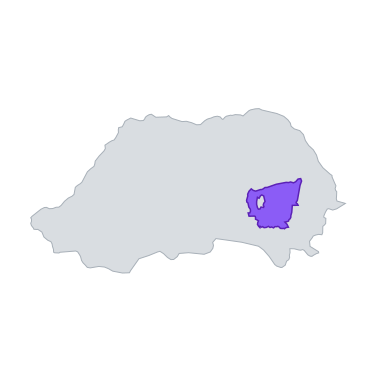 where Veszprém sits in Hungary, rotated 192°
{"feature_id": "HUN-3158", "entity_name": "Veszprém", "entity_type": "County", "adm_level": 1, "iso_a3": "HUN", "parent_name": "Hungary", "parent_adm1": "", "projection": "albers", "projection_center": [17.661, 47.071], "detail": "fine", "context": "in_parent", "style": "filled", "palette": "violet", "viewbox_px": 384, "rotation_deg": 192, "n_neighbors": 0, "source": "natural_earth", "source_scale": "10m", "svg_char_len": 3907}
<svg xmlns="http://www.w3.org/2000/svg" viewBox="0 0 384 384"><g transform="rotate(192 192 192)"><path d="M309.4,104.7L313.6,104.0L313.8,104.0L314.8,104.3L315.7,107.4L315.8,107.5L317.0,109.5L318.1,112.2L319.7,114.1L323.0,114.8L327.4,117.1L330.5,121.6L334.8,123.3L335.1,123.4L335.9,123.1L338.9,122.7L339.6,123.7L342.1,125.8L343.2,127.8L342.9,130.0L343.5,132.4L344.4,133.2L343.4,135.0L336.2,143.7L333.2,146.1L331.2,146.7L328.0,146.0L324.7,146.9L321.8,148.8L319.1,149.5L317.2,151.7L314.8,156.4L311.7,160.4L308.5,162.9L306.9,165.1L307.1,172.4L305.4,174.6L303.0,176.9L301.7,178.8L298.5,190.1L295.8,193.8L293.2,196.7L292.9,199.2L293.1,202.1L290.3,207.9L286.5,214.1L285.8,216.5L286.9,219.7L283.1,223.7L280.9,225.6L279.1,226.6L278.0,229.0L276.3,234.8L277.0,237.4L277.1,239.7L273.8,241.3L273.0,243.9L272.3,247.2L270.9,248.7L267.3,251.6L257.9,250.8L254.4,251.8L253.4,253.8L253.2,255.3L252.1,256.8L250.0,258.7L247.9,259.6L242.9,257.6L232.5,260.2L230.7,261.9L229.2,260.8L226.9,259.8L216.4,258.8L212.2,260.0L206.7,259.7L201.5,258.7L197.7,259.7L194.4,264.3L192.8,265.9L191.5,266.9L188.6,268.4L186.2,270.1L183.0,271.4L180.1,271.3L177.4,269.4L176.4,269.9L175.6,271.7L174.1,273.3L170.1,275.2L169.0,275.2L168.8,275.2L165.7,276.7L160.5,277.5L157.9,277.0L153.3,283.3L151.8,284.5L147.4,286.5L143.7,287.5L140.5,286.7L139.3,286.7L125.3,286.4L118.0,285.1L113.3,282.6L110.2,279.9L108.7,276.9L105.1,275.0L99.3,274.4L94.9,271.3L91.8,265.9L87.5,261.7L82.1,258.5L77.9,254.0L74.8,248.3L69.1,243.0L61.0,238.4L58.5,237.3L58.1,235.8L54.1,230.1L52.5,228.0L52.7,225.1L51.9,223.5L50.5,222.4L49.8,218.3L49.4,215.3L48.3,213.3L39.6,212.7L47.0,205.6L50.6,203.6L54.8,204.1L56.2,203.4L56.5,202.4L57.3,200.0L57.7,197.8L58.1,195.7L57.6,194.5L55.6,194.1L54.7,188.9L55.8,187.0L56.9,185.6L55.7,179.3L56.1,177.2L59.3,176.9L62.1,175.6L64.3,174.1L64.9,172.2L66.8,168.2L65.2,163.3L55.9,160.0L55.4,158.8L57.6,157.5L59.9,155.5L61.3,154.0L63.1,153.8L65.6,154.6L70.1,158.2L71.8,158.7L73.5,157.7L75.3,157.5L80.3,157.7L84.5,156.9L83.5,153.2L83.6,150.4L82.9,148.3L83.3,145.9L85.1,144.0L85.6,139.8L88.2,137.0L89.4,136.6L94.0,137.2L95.1,137.9L95.8,138.1L103.1,145.0L110.0,150.2L115.7,152.8L124.1,153.0L132.9,153.2L147.8,152.2L158.9,151.4L159.6,150.1L161.3,147.0L159.9,144.3L159.9,141.2L161.7,137.1L167.2,133.6L182.8,131.9L191.8,129.2L193.0,125.7L195.9,122.2L198.6,121.5L202.4,122.9L207.0,125.8L211.0,127.3L213.2,126.2L221.0,120.9L230.0,115.7L235.8,102.2L236.4,100.0L243.1,98.3L253.0,98.1L258.1,99.7L262.0,100.4L267.7,99.8L275.8,96.6L278.8,96.5L281.3,98.4L283.9,100.1L285.8,102.1L287.3,105.1L288.0,106.2L289.3,107.6L291.4,109.7L293.5,110.1L308.6,105.6L309.4,104.7Z" fill="#d9dde1" stroke="#a8b0b8" stroke-width="1"/><path d="M131.2,180.2L132.7,183.2L131.1,183.6L130.8,185.5L131.4,187.3L133.3,189.1L135.0,192.9L136.3,193.6L136.9,195.3L136.6,199.7L137.1,201.4L136.4,204.6L134.7,207.4L132.4,206.3L129.9,206.1L125.6,208.6L124.4,208.9L123.3,209.6L121.5,211.6L119.4,212.1L111.2,217.1L101.9,221.0L99.5,221.3L97.7,222.3L94.6,222.1L92.7,223.6L91.0,226.7L88.5,227.7L87.1,225.5L87.7,220.9L87.2,205.8L87.4,205.0L87.8,204.3L88.0,203.6L87.8,202.9L86.6,202.4L86.0,201.8L85.5,201.1L91.1,199.8L90.2,192.8L90.4,189.5L90.1,187.6L90.6,186.0L91.2,185.4L91.5,184.7L91.5,183.7L91.9,183.3L94.9,181.9L92.4,180.2L90.4,177.6L92.2,177.0L93.4,176.0L93.8,175.3L94.6,175.5L96.3,175.0L98.0,174.8L99.5,175.9L100.3,176.2L101.1,176.2L101.7,175.7L102.7,175.6L103.8,175.3L104.7,173.9L107.0,174.3L108.3,173.5L110.1,174.3L112.0,172.8L114.1,172.1L115.7,172.8L116.5,172.1L117.3,172.2L118.2,172.6L118.2,171.3L119.8,172.4L121.2,173.9L121.3,175.8L121.0,177.6L122.8,178.3L124.2,178.6L124.5,180.0L125.0,181.2L126.0,181.4L131.2,180.2ZM126.9,200.4L126.8,196.2L126.2,193.3L124.8,190.5L123.5,189.0L122.0,189.5L121.4,191.6L118.8,191.8L118.7,192.9L119.6,194.0L119.5,195.8L118.6,197.9L119.8,200.4L121.1,203.1L123.2,203.6L124.2,202.6L125.1,199.8L126.9,200.4Z" fill="#8b5cf6" stroke="#5b21b6" stroke-width="1.5"/></g></svg>